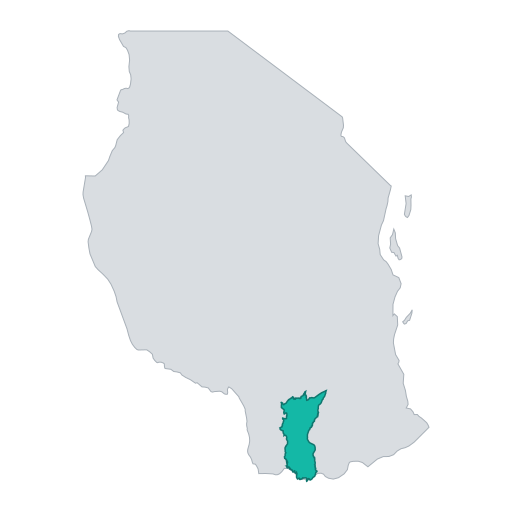 Namtumbo, Ruvuma, United Republic of Tanzania shown in context
{"feature_id": "72390352B4837835329020", "entity_name": "Namtumbo", "entity_type": "district", "adm_level": 2, "iso_a3": "TZA", "parent_name": "United Republic of Tanzania", "parent_adm1": "Ruvuma", "projection": "equal_earth", "projection_center": [36.206, -10.673], "detail": "fine", "context": "in_parent", "style": "filled", "palette": "teal", "viewbox_px": 512, "rotation_deg": 0, "n_neighbors": 0, "source": "geoboundaries", "source_scale": "gbopen_adm2", "svg_char_len": 9343}
<svg xmlns="http://www.w3.org/2000/svg" viewBox="0 0 512 512"><path d="M195.5,383.2L190.4,379.7L185.8,377.5L182.0,375.1L180.3,372.8L176.8,371.9L173.7,371.5L170.9,369.3L165.1,368.5L164.5,367.1L164.3,363.8L163.3,363.0L161.2,362.2L158.9,362.2L157.6,362.7L156.7,362.4L154.8,360.5L153.1,358.1L152.4,354.3L149.7,351.8L146.7,349.8L138.2,350.0L136.8,349.4L134.8,347.5L132.4,344.3L130.5,340.6L128.8,335.6L127.0,328.8L117.1,301.9L116.1,296.8L114.2,291.2L111.0,284.2L107.7,279.1L103.2,274.4L98.1,269.7L95.3,266.6L90.0,253.9L88.9,248.0L88.1,241.8L88.4,239.3L91.6,231.4L92.0,229.2L91.5,226.1L89.9,219.8L87.8,212.1L83.6,198.1L83.0,194.6L83.1,192.0L85.5,177.7L85.4,175.8L95.2,176.0L102.3,169.8L108.5,160.5L109.8,156.6L112.3,150.6L114.8,147.7L115.7,145.6L117.2,139.7L120.4,135.6L123.6,132.5L122.9,130.3L123.4,129.5L125.1,127.9L128.5,126.5L129.2,123.4L129.1,119.8L128.6,117.8L128.7,115.6L128.2,114.3L126.0,114.0L122.7,112.2L119.9,111.5L118.0,110.5L117.4,109.7L117.1,107.5L118.6,102.1L117.0,99.9L120.4,90.8L121.1,89.7L122.3,89.6L124.3,88.6L126.1,88.2L127.6,88.6L128.7,88.2L129.6,87.2L130.5,84.1L131.1,79.0L130.7,74.8L129.3,71.6L128.9,66.7L129.6,60.1L129.1,54.6L127.5,50.2L125.9,47.6L123.5,46.4L119.6,39.7L118.4,36.4L118.6,34.4L120.0,33.6L122.4,33.9L124.7,33.1L126.9,31.2L129.0,30.7L130.1,31.0L227.8,31.0L342.1,116.8L342.6,117.9L343.5,125.3L343.3,127.8L341.5,132.0L341.0,134.3L341.0,135.8L341.4,136.4L342.9,136.6L344.2,137.6L344.6,138.4L345.6,141.6L346.9,143.2L390.2,185.3L391.2,186.0L390.5,189.5L388.1,198.0L387.9,201.6L387.0,205.8L386.1,208.6L383.5,220.6L381.4,225.1L378.6,235.6L378.1,243.7L379.7,249.4L380.2,254.6L383.6,259.8L386.2,261.7L388.0,264.1L391.2,269.5L393.0,274.9L398.8,277.6L401.1,283.7L400.2,287.8L397.5,291.3L395.0,296.9L393.0,304.3L392.9,315.6L394.3,313.9L397.3,316.6L397.7,325.0L394.5,334.6L393.6,339.1L393.4,343.0L395.6,354.6L399.1,360.5L398.8,362.3L397.9,363.9L403.8,374.3L403.2,383.3L405.4,390.4L406.4,396.5L407.8,401.2L408.1,404.4L406.2,408.0L410.5,408.9L413.0,411.8L414.2,414.6L417.3,414.5L419.0,416.4L421.4,418.0L426.7,422.7L428.1,425.1L429.0,427.3L414.2,442.1L408.9,446.0L405.1,447.7L401.1,448.7L397.2,451.0L393.6,454.7L388.9,456.5L383.2,456.6L377.3,459.1L367.9,466.8L362.4,462.5L358.2,461.2L353.2,461.3L350.2,461.9L349.2,462.8L348.2,465.4L347.4,469.6L344.2,473.8L338.5,477.7L333.3,479.1L328.5,478.2L325.3,476.5L323.6,474.2L321.1,473.2L317.9,473.4L314.7,475.0L311.7,478.1L306.9,479.4L300.4,479.0L296.8,477.5L296.3,474.9L293.5,472.0L288.2,468.5L284.3,468.4L281.8,471.7L279.5,473.8L277.5,474.7L275.6,474.8L272.9,473.9L265.7,473.5L258.8,473.6L258.1,468.9L256.6,466.0L255.4,464.2L253.0,463.8L252.4,462.5L251.6,459.5L250.4,457.0L248.8,454.9L247.9,453.0L247.6,451.2L247.8,449.2L249.2,444.3L249.7,441.0L249.5,437.5L248.7,434.0L247.1,429.8L247.3,428.6L246.7,425.8L246.6,423.8L247.0,421.3L246.6,418.0L245.2,411.0L245.2,409.2L243.7,405.8L239.1,397.8L238.9,396.8L231.7,388.7L228.8,386.9L227.8,388.4L227.4,389.8L227.7,392.4L227.5,393.7L227.2,394.3L225.5,394.2L224.4,393.9L221.7,391.7L219.6,391.2L214.3,391.6L212.5,392.1L211.0,391.6L208.2,387.9L204.9,387.1L202.0,386.9L197.1,382.7L195.5,383.2ZM399.6,248.1L402.0,257.0L401.7,258.7L400.0,259.7L399.1,259.8L398.1,258.4L397.3,255.3L396.0,256.1L393.9,252.5L391.7,252.3L389.8,248.0L390.6,244.3L390.2,237.9L392.5,234.6L393.8,229.1L395.3,232.9L395.6,238.7L397.6,245.6L399.6,248.1ZM411.2,194.9L411.4,197.0L410.9,199.0L411.0,205.4L410.8,209.6L409.0,215.4L407.5,217.5L406.2,216.9L405.2,215.9L404.4,214.3L406.1,203.6L405.2,195.8L408.6,196.5L411.2,194.9ZM406.1,323.5L404.4,324.1L403.8,323.5L402.7,321.8L404.5,320.3L406.3,317.4L410.3,313.2L412.2,309.8L411.9,313.1L409.6,320.3L407.7,320.8L406.1,323.5Z" fill="#d9dde1" stroke="#a8b0b8" stroke-width="1"/><path d="M326.2,390.6L325.4,390.9L325.1,391.2L321.7,392.7L318.8,394.6L314.6,397.7L313.7,397.9L312.7,397.8L312.0,397.6L311.4,397.6L310.8,397.9L309.6,397.9L309.0,398.9L308.3,399.7L307.6,400.1L306.7,400.3L306.5,398.4L306.3,397.5L306.1,397.3L306.1,397.1L306.4,396.8L306.2,396.3L306.3,396.0L305.8,395.0L305.3,395.0L304.9,394.2L305.0,394.0L304.9,393.8L305.1,393.6L304.9,393.4L305.2,393.5L305.3,393.1L305.5,392.1L305.2,392.1L305.4,391.6L304.9,391.9L304.7,392.4L304.7,392.9L304.3,393.2L304.4,393.5L304.1,393.6L304.1,394.2L303.9,394.2L303.7,394.1L303.6,394.3L303.6,394.9L303.3,394.9L303.2,395.4L302.7,395.9L301.2,396.4L301.1,396.5L300.9,397.8L300.7,397.7L300.3,398.2L300.1,398.0L299.9,398.1L299.8,398.5L299.4,398.4L299.2,398.2L298.8,398.1L298.6,398.2L298.3,398.1L297.8,398.1L296.6,398.3L296.3,398.1L296.1,398.2L295.8,398.5L295.7,398.3L295.5,398.6L295.4,398.6L295.3,399.0L295.1,398.9L295.0,399.0L294.8,398.8L294.7,398.9L294.6,398.7L294.4,398.9L294.2,398.8L293.9,399.0L293.7,398.5L293.6,398.0L293.4,398.1L293.4,397.8L293.3,398.0L293.1,397.9L293.3,397.2L292.8,396.9L292.5,397.1L292.4,397.0L292.0,397.6L292.0,397.9L291.9,397.7L291.5,397.9L291.4,398.1L291.1,398.1L291.0,398.3L290.8,398.3L290.7,398.5L290.4,398.7L289.5,399.1L289.1,399.6L288.9,399.5L288.5,399.8L288.4,399.9L288.5,400.1L287.4,401.1L286.1,403.2L284.9,403.7L283.8,404.7L283.3,404.5L282.8,403.6L282.6,403.1L282.1,403.0L281.9,402.6L281.6,402.4L281.2,402.5L281.6,403.6L281.4,405.5L281.4,407.5L281.6,407.8L282.1,408.0L282.4,408.4L284.1,409.7L284.1,410.7L284.2,411.0L283.9,411.7L283.8,412.7L284.0,413.0L284.0,413.7L284.2,414.0L284.5,413.9L284.9,413.7L285.5,413.0L286.2,412.9L286.6,413.1L286.9,414.1L286.9,415.5L286.9,415.8L286.7,415.8L286.7,416.1L286.5,416.7L286.5,418.5L285.9,418.7L285.0,418.7L284.4,418.6L284.2,418.5L283.4,418.5L283.2,418.2L282.7,418.1L282.7,418.4L282.9,418.5L282.7,418.6L282.8,418.9L282.8,419.1L283.4,419.3L283.6,419.8L283.6,420.1L283.7,420.3L283.7,421.1L283.4,421.5L283.0,423.3L282.6,423.7L282.6,423.9L282.4,424.2L282.3,424.6L282.4,424.9L282.3,425.2L282.4,425.6L282.0,426.1L282.1,426.7L281.8,427.0L281.4,427.0L281.2,427.3L280.3,427.6L279.9,427.9L280.3,428.3L280.3,428.5L280.1,429.1L280.3,429.4L280.9,430.0L281.6,430.1L282.1,430.6L283.1,430.8L283.2,433.0L284.0,434.1L284.0,435.6L284.6,435.1L285.0,435.2L285.9,435.5L286.7,437.0L286.8,437.9L286.5,438.5L286.6,439.5L287.6,441.1L287.5,444.0L286.2,445.6L286.2,446.0L285.7,446.3L285.6,446.8L285.2,447.3L285.1,447.8L285.0,449.1L285.2,449.6L285.2,451.6L285.5,452.3L285.8,452.6L285.6,453.3L285.3,453.5L285.1,454.5L285.2,454.9L285.3,455.5L284.4,456.8L284.4,457.0L284.6,457.4L284.6,457.6L284.7,458.0L284.7,458.4L285.3,458.5L285.6,459.1L285.8,459.3L286.2,459.3L286.6,460.1L286.5,460.3L286.7,460.5L286.6,460.9L286.9,461.3L286.5,461.2L286.6,461.7L286.7,461.8L286.7,462.0L286.9,461.9L286.8,462.2L287.0,462.3L286.8,462.7L286.9,463.0L286.7,463.0L286.9,463.1L286.9,463.6L287.1,463.8L287.2,463.7L287.1,464.2L287.3,464.3L287.2,464.9L287.0,465.1L286.9,465.3L287.1,465.3L287.1,465.7L287.5,466.3L287.3,466.6L286.8,466.5L287.0,466.7L286.8,466.9L286.8,467.2L286.7,467.1L286.9,467.4L287.1,467.3L287.4,467.3L288.1,467.7L288.7,467.8L289.0,467.1L289.4,467.6L289.6,468.9L289.8,469.0L289.9,468.4L290.1,468.7L290.4,468.6L290.6,469.2L291.2,469.8L291.4,469.7L292.2,470.1L292.2,470.5L292.8,471.4L292.9,472.0L293.2,472.0L294.2,471.4L294.2,471.0L294.5,470.8L294.8,471.0L294.8,471.4L294.7,472.0L294.9,472.5L295.4,472.8L295.6,473.2L295.9,473.2L296.3,472.4L296.5,472.2L296.7,473.1L297.0,473.7L296.9,474.1L296.7,474.5L296.7,475.3L296.5,475.9L296.6,476.5L296.5,477.1L296.8,477.8L297.5,479.0L297.9,478.9L298.3,478.5L298.5,478.6L299.2,478.2L299.4,478.5L299.7,479.4L300.0,479.5L300.7,479.3L301.1,478.9L301.8,479.1L302.8,477.8L303.4,478.1L303.7,477.9L304.7,477.9L306.0,477.8L306.9,478.6L306.5,480.1L306.5,480.8L306.7,481.3L306.9,481.2L307.7,479.9L308.0,479.8L308.5,478.6L309.0,478.6L309.5,479.1L309.6,479.4L309.9,479.5L309.9,479.9L310.1,480.0L310.6,479.9L312.1,478.8L312.9,477.5L314.6,476.4L314.8,476.0L315.0,475.1L315.4,474.8L315.7,472.6L316.8,471.7L317.0,471.2L316.9,471.0L316.0,470.7L315.8,470.1L315.4,469.6L315.4,469.3L315.6,468.9L315.5,468.6L315.7,468.2L315.2,467.9L315.2,467.3L315.0,466.9L315.2,466.6L315.0,466.3L315.2,465.8L315.0,465.2L314.7,464.8L315.0,464.6L315.0,464.4L315.1,464.2L315.1,463.4L315.2,463.0L315.1,462.2L314.9,461.6L314.9,461.4L314.6,461.0L314.7,460.7L314.7,460.3L314.6,459.9L314.8,459.2L314.6,458.9L314.7,458.2L314.6,457.7L314.3,457.8L314.2,457.3L313.9,457.3L313.5,456.2L313.3,456.1L313.1,455.5L313.2,455.4L313.1,455.1L313.1,454.6L313.0,454.3L313.0,453.9L313.2,453.4L314.9,450.5L315.2,449.8L315.1,447.4L314.9,446.6L314.6,445.7L314.2,445.1L312.9,444.3L310.1,443.0L309.1,442.2L307.8,440.1L307.4,439.1L307.3,438.6L307.5,437.6L307.4,436.5L307.4,434.7L308.1,432.4L308.5,431.6L308.5,430.9L309.2,429.9L309.7,429.6L309.9,428.4L310.1,428.3L310.1,427.9L310.8,427.5L311.2,427.4L311.3,427.1L311.6,426.8L311.5,426.4L311.9,426.4L312.0,425.6L312.4,425.4L312.4,424.7L312.3,424.2L312.5,424.1L312.6,423.9L312.4,423.8L312.4,423.6L312.5,423.2L312.9,422.5L313.3,422.4L313.8,421.6L314.4,421.2L314.5,421.0L314.3,420.6L314.4,420.0L314.7,419.7L314.7,419.2L315.0,418.9L315.6,418.2L316.9,417.2L317.1,416.9L317.2,416.5L317.3,416.1L317.7,416.3L317.8,415.5L318.0,415.2L317.7,414.7L318.0,414.4L317.7,414.0L317.7,413.7L318.1,413.5L318.1,412.8L318.4,412.8L318.5,412.5L318.5,412.3L318.3,412.0L318.0,411.8L317.8,410.0L318.1,408.9L318.3,408.7L318.2,407.6L318.5,405.4L318.9,404.9L320.1,404.1L320.9,403.2L321.3,402.5L322.3,399.7L322.6,399.5L322.9,399.4L323.4,397.8L324.2,396.9L324.6,396.3L325.4,393.9L325.6,393.6L325.7,392.4L326.0,391.2L326.2,390.6Z" fill="#14b8a6" stroke="#0f766e" stroke-width="1.5"/></svg>